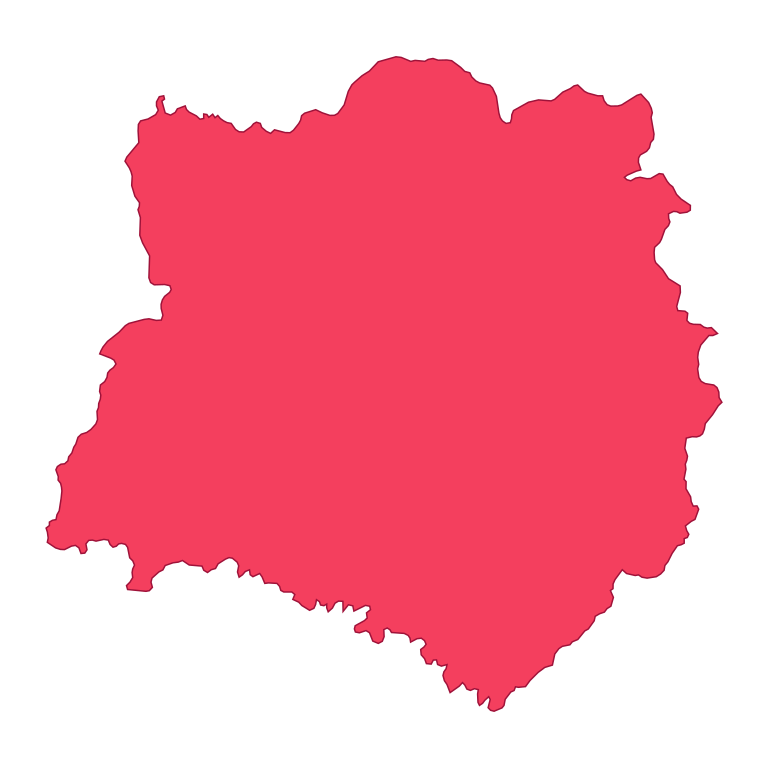 the district of Patrocínio, Minas Gerais, Brazil
{"feature_id": "56859067B77345042852245", "entity_name": "Patrocínio", "entity_type": "district", "adm_level": 2, "iso_a3": "BRA", "parent_name": "Brazil", "parent_adm1": "Minas Gerais", "projection": "albers", "projection_center": [-47.063, -18.985], "detail": "fine", "context": "isolated", "style": "filled", "palette": "rose", "viewbox_px": 768, "rotation_deg": 0, "n_neighbors": 0, "source": "geoboundaries", "source_scale": "gbopen_adm2", "svg_char_len": 6030}
<svg xmlns="http://www.w3.org/2000/svg" viewBox="0 0 768 768"><path d="M159.3,96.7L156.5,101.9L156.5,105.9L158.3,110.2L155.7,114.6L148.0,119.0L140.6,120.9L138.4,124.4L138.1,130.9L138.8,142.7L126.8,157.1L125.0,161.2L129.3,167.8L131.0,171.6L132.2,176.1L131.7,185.5L134.9,196.2L139.5,202.7L139.3,206.4L138.0,209.7L140.4,217.6L139.8,235.3L142.6,242.9L149.6,255.9L148.9,277.8L150.6,282.5L154.2,284.8L164.7,284.5L169.9,285.7L171.2,289.5L169.7,292.3L164.6,296.4L162.4,299.9L161.1,304.3L161.2,308.5L162.9,315.3L161.3,320.1L156.2,320.4L149.0,318.8L144.1,319.4L128.9,323.4L125.3,325.7L119.1,332.2L107.5,341.4L103.0,347.0L101.0,350.7L99.7,353.9L110.7,358.1L114.0,360.1L116.0,364.0L113.4,367.6L109.9,370.2L107.7,373.0L107.0,377.4L104.7,381.6L100.4,385.0L99.6,391.4L100.8,395.1L100.3,399.2L98.7,403.5L98.5,407.6L97.0,411.3L97.5,419.6L95.9,423.9L90.9,429.5L86.7,432.5L81.3,434.2L78.0,437.3L75.8,444.1L73.8,447.2L71.9,452.9L68.7,456.8L67.9,460.8L64.6,463.8L60.9,464.2L57.4,466.5L55.9,469.8L58.3,476.6L58.1,480.1L60.6,483.3L61.5,487.1L61.9,491.0L61.1,498.6L59.2,510.8L57.0,514.7L56.0,519.6L52.4,520.3L49.4,522.1L49.4,525.5L46.1,528.1L47.4,532.1L48.2,538.0L47.3,542.3L55.6,547.9L60.4,549.4L64.5,549.6L71.5,546.1L75.5,545.4L78.9,547.8L81.0,553.5L84.8,553.1L87.0,549.8L85.9,543.9L88.7,540.4L92.4,540.1L96.0,541.1L103.9,539.4L108.3,540.1L110.1,544.5L113.0,547.2L116.3,546.2L118.6,543.9L121.6,543.4L125.5,544.4L127.6,547.3L129.7,557.8L132.8,560.9L134.5,565.1L132.7,569.0L132.1,572.5L132.7,577.6L130.0,582.1L126.5,585.6L127.6,589.5L146.0,591.3L149.3,590.7L152.4,587.4L151.0,582.1L152.0,578.1L158.9,571.9L162.9,569.9L165.2,565.5L173.0,562.8L178.3,562.1L182.5,560.5L189.2,565.0L202.0,566.1L203.8,570.3L207.5,572.5L211.3,569.7L215.5,568.5L218.1,563.8L225.5,559.1L229.0,557.6L232.4,558.2L237.2,562.2L238.7,565.8L237.5,572.0L239.1,577.2L242.5,574.8L245.3,571.5L249.5,569.8L250.2,574.7L252.9,576.7L259.7,573.5L262.1,576.9L264.8,583.4L268.5,582.9L277.0,583.4L279.6,586.4L280.8,590.4L283.8,592.0L291.8,592.0L294.8,594.5L292.8,599.4L298.8,602.2L301.8,605.5L309.6,610.3L313.9,608.3L315.6,604.5L316.5,599.7L319.4,601.6L320.6,605.0L323.9,605.7L326.7,604.1L326.7,607.8L328.2,611.8L332.4,608.1L335.0,603.2L338.5,601.1L342.9,601.3L343.1,611.4L348.4,604.8L352.8,605.8L353.9,611.1L365.4,605.4L369.7,606.2L370.5,609.7L366.5,612.9L367.2,618.0L364.3,620.7L355.2,625.7L354.4,628.9L355.4,632.0L359.4,632.8L366.0,630.6L369.5,632.7L372.8,641.1L378.3,643.4L382.3,641.3L384.1,636.7L383.8,629.6L387.2,628.0L389.9,629.7L391.5,632.5L404.2,633.4L408.2,635.4L410.0,638.2L410.6,642.1L417.0,638.7L421.3,638.2L424.5,640.6L426.1,644.3L423.9,647.1L420.7,649.5L421.2,654.8L424.6,658.7L426.4,663.6L431.2,664.1L433.3,660.1L436.5,659.9L437.6,664.5L441.4,666.1L447.0,664.6L446.1,668.7L443.9,671.8L443.0,675.5L444.4,680.7L447.0,684.5L450.1,692.6L459.3,686.1L462.5,682.6L464.8,685.0L466.9,689.1L470.4,690.4L474.4,688.7L478.3,689.6L477.6,694.0L478.0,702.4L479.5,705.4L482.6,703.3L484.8,700.3L488.7,696.7L490.2,699.5L488.1,707.7L490.6,710.3L494.1,711.2L502.0,707.9L504.0,705.4L505.2,699.3L510.8,692.0L514.1,690.5L515.5,686.8L518.4,687.3L525.5,686.6L530.0,680.5L538.1,672.4L544.8,667.4L552.4,665.1L554.8,654.0L558.9,648.6L562.4,646.3L569.9,644.8L572.3,641.8L577.8,639.5L584.8,630.9L588.3,629.0L594.2,620.8L595.2,616.3L599.7,613.7L604.4,612.1L607.0,608.6L610.9,606.2L613.4,597.4L610.4,590.5L613.0,588.7L613.1,583.9L615.0,579.6L622.3,569.7L626.5,573.5L635.2,575.5L638.5,574.9L641.9,577.2L647.1,578.1L656.3,576.7L660.6,574.0L664.1,570.3L664.9,565.5L667.9,561.8L672.1,553.4L677.4,545.7L681.0,544.8L684.2,543.2L684.2,538.6L687.3,537.5L688.8,534.3L686.7,530.6L685.4,525.9L691.3,521.3L695.0,519.4L698.7,509.2L697.0,505.9L693.2,506.1L691.2,501.6L690.6,496.8L686.0,488.8L686.1,481.6L684.0,479.2L685.9,469.2L685.3,464.1L686.8,460.2L687.5,456.2L684.8,448.3L686.3,438.1L692.2,436.7L696.6,436.9L699.9,435.9L702.5,433.8L704.3,429.2L705.3,423.6L712.6,414.6L718.3,405.7L721.9,402.3L719.1,397.6L718.8,392.0L717.0,387.6L713.8,385.0L705.2,383.6L701.2,381.4L698.9,377.6L697.6,368.8L698.7,364.4L697.7,357.4L698.3,352.1L700.8,345.0L708.9,335.5L712.9,335.5L717.5,333.5L711.4,327.6L707.2,328.1L703.8,327.1L700.3,324.5L693.3,324.3L689.5,323.2L686.9,320.5L687.7,313.3L685.0,311.2L677.8,310.6L676.7,306.5L680.4,292.4L680.1,285.9L668.5,278.7L662.5,269.6L655.7,262.7L654.6,259.7L654.1,252.4L654.6,247.3L659.6,242.6L661.4,239.3L664.9,229.4L668.4,225.7L669.9,221.9L668.7,218.5L668.5,213.8L673.5,211.4L676.9,211.7L679.9,213.2L687.0,212.2L690.3,210.2L690.4,205.4L681.1,199.1L676.5,194.4L672.7,186.8L669.6,184.4L667.2,181.4L663.0,174.1L659.2,173.6L650.7,178.5L647.0,178.7L640.1,177.3L635.6,178.1L630.8,180.8L626.8,179.7L624.4,177.3L627.3,175.1L636.4,171.1L640.9,169.9L638.4,162.3L638.6,157.9L640.3,154.9L646.6,151.3L649.4,147.8L650.7,142.5L653.4,139.3L654.0,134.1L651.1,117.3L652.3,112.8L651.3,108.3L648.6,102.5L640.9,94.1L637.0,95.3L621.5,105.0L617.7,106.0L610.7,106.1L607.1,104.7L604.1,100.7L602.6,95.8L597.8,95.8L587.8,93.1L584.5,91.4L577.7,85.0L574.0,85.9L570.3,88.6L562.8,92.1L554.6,99.4L551.1,100.9L538.5,99.9L528.5,102.2L513.5,110.6L511.8,114.8L511.5,118.9L510.3,122.7L506.0,123.4L502.4,120.9L500.2,117.7L498.9,113.1L496.4,96.4L492.5,88.0L489.8,85.2L479.5,82.9L475.8,80.9L471.8,77.0L469.8,72.8L464.7,71.4L460.7,67.4L451.7,60.7L446.8,60.0L438.2,60.2L433.0,58.5L428.2,59.4L424.9,61.3L415.1,60.4L410.8,61.4L401.2,57.4L395.9,56.8L378.2,61.8L369.4,71.1L362.2,75.6L354.5,82.3L351.9,84.8L348.3,91.3L344.2,104.9L337.8,113.5L334.5,115.3L329.9,115.4L322.2,112.8L315.7,109.7L304.6,113.2L301.6,115.7L300.6,120.2L298.8,123.5L293.5,130.2L290.1,132.7L285.2,132.6L274.5,129.8L270.6,133.4L266.3,131.3L261.7,127.4L260.3,123.4L256.4,122.2L253.5,123.8L251.3,126.6L243.7,132.0L239.1,131.8L235.5,129.5L231.2,123.4L227.0,122.6L223.5,120.8L220.3,118.5L217.8,115.5L215.0,117.7L212.7,114.2L208.8,117.3L206.9,114.5L203.7,114.0L203.7,118.5L199.9,119.2L196.4,115.9L189.1,112.1L186.5,109.5L185.2,105.9L177.4,108.8L175.2,112.5L170.5,115.1L165.2,113.0L161.9,101.1L164.5,99.1L163.7,95.8L159.3,96.7Z" fill="#f43f5e" stroke="#9f1239" stroke-width="1.5"/></svg>